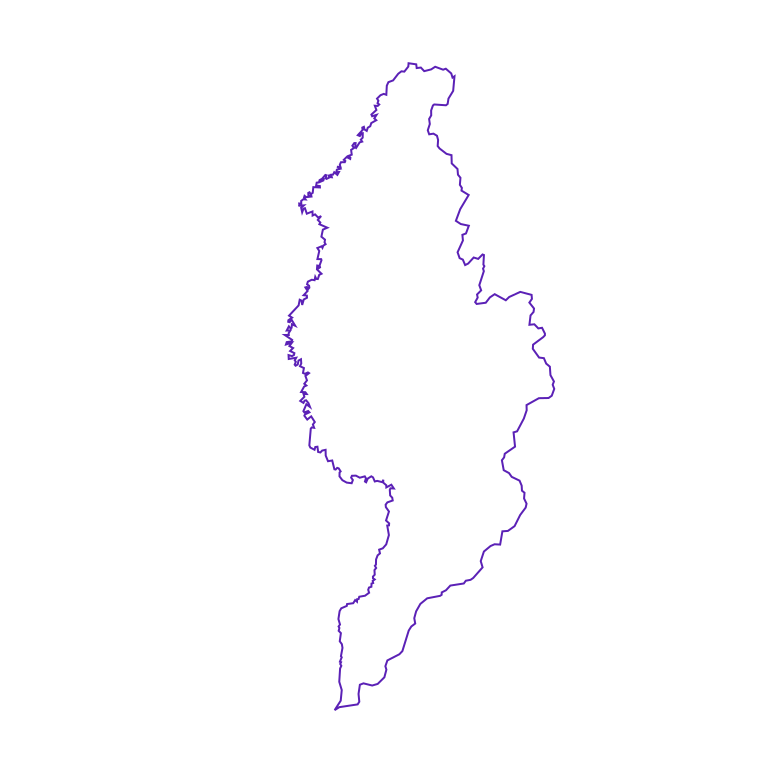 Rioja, San Martín, Peru, rotated 221°
{"feature_id": "86281439B49407103225288", "entity_name": "Rioja", "entity_type": "district", "adm_level": 2, "iso_a3": "PER", "parent_name": "Peru", "parent_adm1": "San Martín", "projection": "robinson", "projection_center": [-77.409, -5.821], "detail": "fine", "context": "isolated", "style": "outline", "palette": "violet", "viewbox_px": 768, "rotation_deg": 221, "n_neighbors": 0, "source": "geoboundaries", "source_scale": "gbopen_adm2", "svg_char_len": 6166}
<svg xmlns="http://www.w3.org/2000/svg" viewBox="0 0 768 768"><g transform="rotate(221 384 384)"><path d="M249.7,485.2L252.3,492.0L256.2,494.1L257.4,497.4L264.2,499.9L270.2,505.9L275.0,505.8L280.3,508.4L284.3,505.7L294.8,508.2L297.3,511.5L294.6,523.9L294.5,526.3L295.6,527.6L301.6,530.1L304.0,527.2L309.7,527.7L313.1,524.1L318.4,531.9L318.4,536.5L320.3,539.4L327.7,540.8L328.2,545.3L331.1,548.1L341.6,542.9L346.6,531.8L347.0,527.1L359.4,524.4L360.9,518.8L360.5,512.1L366.6,505.2L368.9,505.6L370.0,510.7L372.5,512.6L372.1,518.4L376.9,521.1L382.7,534.7L384.9,536.0L385.6,538.8L387.3,539.3L393.2,546.9L394.6,546.4L395.0,540.2L399.3,538.3L399.5,530.1L400.8,527.0L406.1,529.6L409.5,528.6L414.9,531.7L418.6,544.1L422.7,548.0L420.9,551.4L423.8,559.1L431.0,555.1L436.8,554.3L441.2,566.0L444.1,582.2L452.4,580.8L453.9,583.1L457.4,584.1L461.6,589.8L465.5,590.5L469.6,594.5L477.6,594.9L483.2,601.0L487.8,598.7L496.6,598.2L499.6,598.8L503.3,603.7L506.9,606.1L510.9,605.4L513.7,602.1L517.4,604.2L520.0,610.3L523.8,613.6L524.6,617.7L527.9,621.4L529.8,626.3L529.5,627.9L520.1,635.0L519.7,637.1L522.6,641.7L524.1,650.6L532.7,662.5L533.3,660.2L537.0,662.5L544.2,662.5L545.6,660.0L553.5,657.0L554.8,652.4L558.9,646.5L563.8,647.0L566.6,643.9L569.4,646.4L575.9,642.2L573.9,639.5L573.6,633.1L576.0,631.4L576.8,627.5L576.3,619.1L578.7,614.7L577.6,611.0L572.0,603.8L574.5,602.8L576.1,599.7L576.5,594.8L574.1,594.1L573.1,591.7L571.0,591.8L571.2,589.7L573.5,588.0L569.5,585.8L570.3,579.1L568.6,578.3L566.2,582.3L565.6,578.1L562.9,578.0L564.8,572.6L563.5,569.5L564.4,566.8L563.1,563.7L565.7,563.3L567.9,564.9L568.6,563.3L566.8,561.6L567.0,554.6L564.9,555.3L565.4,558.6L564.6,559.4L561.7,555.9L561.8,553.2L559.5,552.6L560.9,550.4L559.9,543.8L561.0,543.8L563.5,547.2L564.5,546.3L564.2,543.1L561.5,542.4L562.4,539.1L558.8,535.9L560.5,532.8L557.9,532.8L557.2,531.7L561.1,530.8L561.4,526.8L559.5,526.9L559.1,525.7L562.0,523.1L561.2,520.5L559.0,519.1L562.0,517.3L558.3,517.6L560.2,514.8L559.0,512.6L557.1,514.4L556.4,511.2L560.5,511.2L559.8,508.7L561.2,507.2L559.0,505.8L560.6,504.7L563.0,505.8L560.8,503.8L561.9,501.1L563.0,501.0L564.3,503.8L565.4,503.3L565.4,498.7L563.9,499.2L563.3,497.8L564.4,495.5L564.7,497.7L565.7,497.4L566.4,495.7L565.4,493.5L566.9,491.8L565.4,489.2L562.3,491.3L561.3,490.3L566.5,486.2L563.2,481.5L563.8,479.2L566.0,479.8L566.5,478.5L564.5,476.4L562.5,478.5L561.7,477.9L565.3,474.0L567.4,473.9L566.7,472.3L564.3,471.8L566.1,470.5L566.6,467.8L564.8,465.9L566.4,464.6L565.1,463.6L565.5,462.4L561.7,466.2L562.2,462.7L558.4,459.9L559.8,463.6L559.0,464.8L554.0,461.9L551.2,467.3L548.4,464.3L547.3,466.8L542.9,466.4L541.6,469.5L541.6,464.4L538.0,464.1L537.6,462.2L529.3,464.8L531.4,460.4L527.9,454.1L523.2,454.2L521.8,451.9L519.8,451.2L520.6,448.7L519.8,446.4L521.4,447.0L523.5,442.9L520.1,441.9L516.2,434.6L513.3,437.0L512.4,436.4L510.4,431.2L508.8,430.1L509.2,428.7L510.7,430.4L512.1,429.6L509.8,426.5L503.5,426.2L504.5,423.9L502.8,419.8L504.0,418.9L506.2,419.8L504.5,416.8L506.9,415.3L508.6,411.3L507.5,408.8L505.0,409.0L503.5,407.7L503.5,406.3L505.8,406.7L506.7,405.3L502.7,404.1L502.9,398.3L500.2,400.1L498.7,398.6L500.0,395.1L497.6,390.0L501.1,392.8L502.9,392.3L500.0,387.3L500.5,373.3L496.9,373.8L498.0,369.4L497.1,368.1L495.7,368.8L496.0,371.9L489.2,369.7L492.7,368.7L490.6,365.8L490.9,364.6L493.6,365.1L492.5,360.5L489.8,363.0L489.3,359.8L488.0,358.5L491.0,355.9L482.2,357.0L481.6,355.6L484.9,351.8L483.9,349.5L480.6,354.7L480.3,350.6L476.2,351.5L476.5,347.3L471.9,348.5L471.0,346.9L471.7,344.7L475.0,343.2L472.3,340.4L467.5,346.2L466.9,343.3L465.1,342.9L464.1,340.0L462.7,339.8L461.9,342.1L463.9,345.6L462.9,348.2L459.9,345.2L459.1,342.3L454.9,343.5L452.4,339.2L450.4,339.8L449.0,342.8L447.7,343.0L448.6,338.5L444.5,336.2L444.3,331.9L441.6,331.9L442.6,329.6L441.3,323.6L438.0,326.2L435.7,325.7L438.1,323.6L435.7,322.1L436.1,316.3L432.4,316.9L433.0,319.3L432.1,320.6L428.4,320.0L424.8,318.1L429.3,317.8L427.0,310.6L425.5,310.3L423.5,313.9L421.7,313.7L423.7,309.2L423.3,307.8L418.6,306.8L417.7,311.8L411.3,309.9L411.1,306.8L408.0,305.1L410.0,303.8L410.0,302.3L400.1,288.7L397.9,287.7L393.3,288.8L394.5,291.4L393.1,293.0L389.1,289.5L387.1,290.6L387.0,293.2L384.9,296.0L381.0,291.7L375.6,289.0L372.9,292.3L365.5,287.1L364.4,287.7L364.3,290.0L362.8,290.6L359.4,289.6L359.5,288.1L357.0,285.1L352.3,284.1L347.5,285.1L343.3,287.9L344.5,291.1L347.4,291.8L348.0,293.7L345.1,296.4L340.8,297.4L337.9,301.7L335.8,301.0L334.4,297.9L333.0,298.1L334.2,302.0L333.0,306.0L331.0,306.3L327.0,304.4L325.6,306.4L320.9,308.8L321.7,311.3L320.0,309.1L315.9,309.1L314.4,307.5L312.4,312.8L308.0,311.6L310.7,309.5L310.2,307.9L306.2,303.9L303.2,303.6L301.0,301.8L303.8,296.9L303.6,294.0L301.8,292.3L296.6,291.0L292.9,282.3L288.7,282.2L287.5,280.6L288.7,279.3L281.2,273.2L277.1,264.4L277.1,259.2L279.0,255.8L275.9,253.5L276.4,250.5L274.9,246.4L271.6,242.4L271.6,240.8L269.2,240.0L269.1,237.3L265.9,234.0L266.0,231.4L264.9,230.2L262.8,230.4L263.4,228.0L261.6,226.7L262.5,225.2L260.5,222.7L261.8,220.5L260.9,218.3L258.3,216.7L259.4,211.8L263.1,207.2L262.1,205.0L263.1,203.9L261.6,202.0L264.0,202.0L263.4,198.4L267.5,193.7L266.5,192.1L269.1,186.7L268.5,183.5L264.2,176.7L259.4,173.6L259.2,171.2L257.6,170.6L256.3,168.0L253.1,167.7L248.6,160.8L245.1,160.0L242.2,157.6L237.9,150.3L236.6,150.0L235.1,145.5L233.9,145.9L233.4,144.0L231.3,143.3L230.5,140.5L222.4,129.9L215.1,125.3L208.9,116.6L207.3,105.5L205.7,110.8L193.7,124.9L194.2,128.0L199.9,133.4L204.9,141.2L203.1,144.6L195.1,148.7L192.0,153.5L191.3,162.9L194.8,170.0L197.8,171.9L200.1,177.6L195.1,190.1L194.9,194.5L203.6,214.2L204.3,218.9L203.3,223.7L207.5,227.1L210.6,233.5L212.3,241.9L210.8,250.6L202.7,260.9L202.2,262.7L203.7,264.6L201.9,269.0L201.7,275.4L192.9,285.8L193.2,289.2L190.2,293.0L189.4,296.1L189.3,310.3L194.8,313.8L198.7,323.1L197.3,331.6L195.4,335.6L191.0,339.0L198.0,350.5L194.1,354.4L192.2,362.4L195.3,374.5L196.0,383.7L197.9,387.2L203.2,389.5L206.6,394.1L209.9,394.0L213.4,397.6L218.3,400.0L226.7,397.7L231.2,398.8L237.1,397.5L245.0,403.8L245.2,407.4L247.1,410.6L244.0,422.7L254.5,432.5L252.5,435.6L255.8,449.7L259.1,457.8L262.6,461.6L257.8,474.9L250.6,481.4L249.7,485.2Z" fill="none" stroke="#5b21b6" stroke-width="2"/></g></svg>